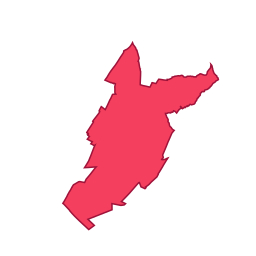 Atitalaquia, Hidalgo, Mexico, rotated 311°
{"feature_id": "50627088B26286017381261", "entity_name": "Atitalaquia", "entity_type": "district", "adm_level": 2, "iso_a3": "MEX", "parent_name": "Mexico", "parent_adm1": "Hidalgo", "projection": "albers", "projection_center": [-99.201, 20.06], "detail": "fine", "context": "isolated", "style": "filled", "palette": "rose", "viewbox_px": 256, "rotation_deg": 311, "n_neighbors": 0, "source": "geoboundaries", "source_scale": "gbopen_adm2", "svg_char_len": 5648}
<svg xmlns="http://www.w3.org/2000/svg" viewBox="0 0 256 256"><g transform="rotate(311 128 128)"><path d="M69.5,121.2L72.1,123.9L76.4,128.1L77.7,129.5L75.6,129.5L68.5,129.9L61.9,130.0L58.5,131.0L58.2,130.8L57.8,129.9L57.2,129.0L56.0,126.8L55.0,126.0L52.2,125.1L49.3,124.1L48.9,124.2L48.0,124.3L47.1,124.4L46.6,124.7L46.3,124.6L43.0,125.4L42.6,125.5L42.3,125.4L42.1,125.4L39.9,125.9L37.9,126.3L36.3,126.8L28.8,128.3L28.4,128.3L28.4,129.1L28.5,129.0L27.6,137.6L27.3,138.4L26.8,141.9L26.4,145.9L26.0,152.8L25.6,165.0L32.4,166.5L32.8,157.6L55.8,169.6L60.4,165.5L64.9,173.4L67.2,175.4L67.5,175.6L69.3,175.8L68.2,171.3L75.2,171.7L80.0,171.9L81.5,171.9L84.8,171.9L92.4,171.9L92.9,172.0L93.6,171.9L94.3,172.4L94.0,172.9L93.6,173.7L92.3,176.1L92.1,176.4L93.1,179.7L93.3,180.6L94.0,180.7L94.8,180.7L95.0,179.9L95.7,180.2L96.2,180.3L98.0,180.7L99.2,180.9L101.7,181.0L102.3,181.0L110.0,181.9L113.0,181.2L113.3,180.8L113.8,180.7L114.6,180.7L116.8,180.3L119.2,179.9L120.3,179.7L120.8,179.6L121.0,179.6L123.3,179.1L128.0,178.3L128.5,178.2L129.0,178.1L130.4,178.0L131.5,177.8L131.0,177.5L130.5,177.3L129.9,177.0L129.4,176.9L129.0,176.6L128.3,176.4L128.2,176.2L127.8,175.8L127.0,175.2L126.3,174.1L126.6,174.0L127.0,174.0L127.2,174.3L127.4,174.2L129.0,173.9L130.1,172.2L130.6,171.8L139.1,169.0L143.9,167.3L146.3,166.6L152.9,164.5L156.5,164.4L156.4,164.1L156.3,163.4L156.2,162.4L156.3,161.8L156.7,160.3L156.8,160.0L156.7,159.6L156.7,159.1L156.8,158.5L157.4,157.3L158.2,156.4L158.7,155.7L158.9,155.0L158.9,154.3L159.1,153.9L159.7,153.6L160.5,153.0L160.6,152.9L161.4,151.2L161.5,150.3L162.5,148.7L163.0,147.4L163.6,146.7L164.6,147.9L165.8,148.3L166.8,149.5L167.4,150.4L168.3,150.3L169.3,151.4L170.9,151.1L171.4,152.6L171.2,154.9L174.0,154.6L175.2,154.4L175.3,154.6L175.9,154.6L176.4,154.7L177.3,154.9L177.9,155.5L178.2,155.6L178.3,155.8L178.3,155.6L178.3,154.7L178.4,153.7L178.8,153.7L178.4,156.5L181.0,157.1L180.9,157.7L183.5,158.1L183.4,158.8L184.7,159.0L184.7,159.3L186.6,159.3L187.1,160.7L189.2,162.1L189.8,162.3L190.5,162.3L192.4,161.6L193.5,161.8L194.1,161.5L194.6,161.4L194.9,161.2L195.7,160.9L195.9,160.9L196.3,160.9L196.5,161.0L196.8,161.1L197.0,161.2L197.3,161.0L197.5,161.0L198.2,160.9L198.4,160.9L199.6,161.0L200.0,161.0L200.6,160.8L200.9,160.3L201.4,160.0L201.6,159.9L202.0,160.0L202.7,160.1L203.4,160.1L203.6,160.1L203.9,160.0L204.1,160.1L204.3,160.3L204.5,160.4L204.8,160.9L205.0,161.3L205.2,161.5L205.9,161.6L206.1,161.5L206.3,161.4L206.4,161.2L206.7,161.1L206.9,161.1L207.3,161.2L207.5,161.3L207.7,161.5L208.3,161.9L208.5,162.1L208.7,162.3L209.2,162.5L209.6,162.6L210.1,162.7L210.5,163.0L210.8,163.0L211.6,162.9L212.0,163.2L212.5,163.2L212.9,163.0L213.1,163.0L213.4,162.9L213.9,163.2L214.7,163.2L215.1,163.2L215.5,163.1L216.3,163.0L216.5,163.0L216.7,162.9L217.2,162.8L218.1,163.1L218.5,163.2L219.1,163.4L219.9,163.6L220.7,163.6L221.2,163.5L223.4,164.4L223.9,164.4L224.3,163.7L224.8,163.2L224.8,162.1L225.1,161.3L225.6,160.6L225.4,159.8L225.6,159.0L225.6,158.3L225.6,157.6L226.2,156.1L226.8,155.2L227.4,154.0L228.3,153.0L228.8,152.2L229.5,151.3L230.1,150.4L230.3,149.6L230.4,148.8L230.0,149.3L228.7,150.0L227.9,150.6L226.8,150.9L225.7,150.8L224.0,150.9L222.5,151.0L221.0,151.9L220.2,152.2L219.0,152.1L218.6,151.6L218.0,150.9L217.4,149.6L217.1,148.6L216.8,147.8L216.2,146.8L215.3,146.7L214.0,146.2L213.3,145.9L212.8,145.7L211.8,145.8L211.3,145.9L211.0,145.6L210.7,145.0L210.3,144.7L209.9,144.4L209.7,143.9L209.6,143.4L209.5,143.1L209.2,142.7L208.8,142.5L208.6,142.2L208.4,141.4L208.0,141.0L207.7,140.7L207.3,140.4L206.5,139.4L206.2,139.1L205.8,138.7L205.4,138.7L205.1,138.7L204.7,138.5L204.2,138.1L204.1,137.9L203.5,137.2L203.2,136.7L203.1,136.0L203.4,135.4L203.4,134.9L203.1,134.3L203.1,134.1L202.8,133.9L202.6,133.6L202.0,133.3L201.1,132.7L200.5,131.7L198.1,129.8L198.1,129.6L197.9,129.4L197.4,129.3L196.4,128.7L195.8,128.2L195.4,127.9L195.0,128.3L194.2,128.2L193.1,127.8L192.8,127.5L192.3,127.5L191.7,127.2L190.4,125.7L189.8,126.4L189.4,125.9L187.8,123.6L187.2,122.6L187.0,122.2L185.9,120.5L185.0,119.2L184.6,119.2L184.3,119.3L183.8,119.4L183.3,119.4L181.8,119.6L181.5,119.7L180.8,119.8L180.2,119.9L179.9,119.9L178.1,116.5L177.8,116.4L177.6,116.6L177.4,116.7L175.6,117.1L175.1,117.3L173.7,117.6L173.2,117.7L171.5,114.4L169.8,111.4L168.7,108.8L169.5,108.1L175.9,103.0L178.4,100.9L178.8,100.6L180.0,98.9L180.6,98.6L180.5,98.3L181.5,96.9L182.1,96.2L182.3,95.9L183.8,94.1L184.2,93.7L185.3,92.1L185.1,91.9L187.8,90.7L188.6,89.7L189.1,88.8L189.4,88.4L190.7,86.5L190.7,86.4L191.4,85.4L191.5,85.2L192.6,83.6L192.6,83.4L192.4,83.2L192.6,82.8L192.8,82.4L193.2,81.7L193.6,81.0L194.1,78.8L194.4,77.2L194.9,76.4L195.4,75.4L193.8,75.8L191.1,76.1L190.1,76.1L189.4,76.0L187.8,75.8L186.3,75.4L185.2,74.8L184.7,74.6L184.3,74.6L183.9,74.4L183.4,74.2L182.6,74.8L182.3,75.0L181.6,75.2L181.0,75.3L176.0,75.9L173.0,76.4L170.2,76.8L167.0,77.2L163.4,77.4L159.5,77.7L156.6,78.1L152.3,78.9L150.8,79.0L149.6,79.1L149.0,79.2L151.0,85.4L151.3,85.4L152.1,88.1L152.6,88.0L153.1,89.5L150.4,91.0L149.1,92.3L147.7,93.5L146.4,94.6L146.0,95.1L145.6,96.5L144.0,95.0L143.2,94.3L138.9,95.6L137.2,95.9L135.9,96.3L131.9,97.5L126.9,98.8L126.8,98.3L126.9,97.9L126.8,96.4L126.7,94.6L126.6,93.8L124.0,94.4L123.1,94.6L121.9,95.0L121.8,95.4L121.8,95.9L120.2,96.3L118.7,96.4L115.2,96.6L113.0,96.7L110.2,96.9L109.9,97.0L110.0,97.3L110.1,97.6L110.0,97.9L109.9,98.0L102.3,99.1L97.5,99.8L97.4,99.9L97.8,101.3L96.9,101.5L97.3,102.1L96.3,102.4L96.4,102.6L96.2,102.7L96.3,104.4L92.8,104.6L93.2,106.2L93.5,107.6L94.2,110.0L91.7,110.3L92.1,111.6L92.3,112.9L92.6,114.1L93.3,114.3L91.1,115.0L82.1,118.3L80.2,118.9L77.4,119.9L71.1,121.0L69.5,121.2Z" fill="#f43f5e" stroke="#9f1239" stroke-width="1.5"/></g></svg>